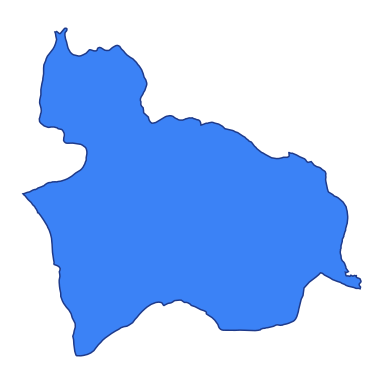 the district of Mensura, Gash Barka, Eritrea
{"feature_id": "51966322B6823166627891", "entity_name": "Mensura", "entity_type": "district", "adm_level": 2, "iso_a3": "ERI", "parent_name": "Eritrea", "parent_adm1": "Gash Barka", "projection": "albers", "projection_center": [38.235, 15.48], "detail": "fine", "context": "isolated", "style": "filled", "palette": "blue", "viewbox_px": 384, "rotation_deg": 0, "n_neighbors": 0, "source": "geoboundaries", "source_scale": "gbopen_adm2", "svg_char_len": 5854}
<svg xmlns="http://www.w3.org/2000/svg" viewBox="0 0 384 384"><path d="M23.0,193.8L23.8,194.8L24.9,195.6L28.1,199.6L31.2,202.5L32.8,204.9L33.5,205.4L34.8,206.8L35.4,208.0L36.5,209.5L37.6,211.9L37.6,212.7L38.6,213.0L40.5,215.4L43.7,220.1L47.3,226.0L47.6,227.0L49.2,230.1L50.5,233.9L51.5,238.1L52.1,244.5L52.5,252.3L53.6,259.8L54.1,262.4L53.9,263.9L54.2,264.5L57.4,265.7L59.2,266.9L60.2,268.6L59.9,270.4L59.3,271.7L59.8,274.8L59.9,276.5L59.2,280.0L59.2,282.4L59.5,286.3L59.9,289.2L60.7,293.0L60.8,296.5L62.4,300.9L63.7,303.4L66.4,307.2L68.9,310.0L71.1,313.7L72.3,317.9L74.9,322.9L75.2,324.0L75.3,327.1L74.2,330.9L73.7,333.6L72.8,336.2L73.6,339.8L73.9,344.6L74.8,351.3L75.9,354.9L76.5,355.6L76.9,355.7L80.8,355.8L83.6,355.4L87.5,354.4L90.8,352.9L93.9,350.6L95.8,348.0L98.4,344.7L101.1,342.0L102.5,340.3L105.3,337.9L111.6,333.4L115.5,331.0L118.9,329.2L121.0,327.7L123.8,326.7L126.9,326.2L129.1,325.0L132.1,323.0L132.6,322.7L135.0,319.4L136.9,317.4L139.3,314.4L142.2,311.3L144.8,308.9L147.2,306.9L151.2,304.3L155.8,302.5L158.8,302.1L161.2,302.5L162.1,303.1L163.5,305.3L164.0,305.5L165.2,304.8L168.0,303.4L170.8,302.9L172.3,302.2L174.6,300.6L179.5,300.1L181.3,300.2L184.4,302.4L186.6,302.4L188.1,302.9L190.0,304.0L191.3,305.4L195.1,306.7L200.7,309.6L204.0,310.7L205.8,311.6L206.4,312.5L206.3,313.7L206.5,314.0L212.1,317.6L214.8,320.2L217.9,324.5L218.7,326.9L219.4,328.1L220.5,329.2L221.8,329.9L223.3,330.2L235.2,330.3L240.0,330.1L255.2,330.6L258.1,330.3L260.4,329.8L260.8,329.2L262.9,328.4L264.6,328.3L266.7,327.7L267.7,327.7L270.2,327.1L273.5,326.3L275.9,325.1L277.2,324.8L280.4,325.3L282.7,325.0L283.3,324.6L286.6,323.9L288.8,323.2L293.1,321.3L294.4,320.4L295.7,318.8L296.8,316.6L297.3,315.0L298.3,311.7L298.7,309.4L301.2,299.2L303.0,295.5L304.0,288.0L309.3,282.1L316.0,277.0L318.7,274.7L320.5,272.8L322.4,273.3L324.4,275.0L330.0,277.9L332.6,279.6L337.6,281.5L340.6,282.4L341.6,283.2L344.8,284.5L345.9,285.3L348.3,286.2L353.9,287.5L356.1,288.4L358.9,288.4L360.1,288.8L360.5,287.4L360.5,286.9L359.5,285.8L359.1,284.5L359.3,283.8L360.7,282.3L361.0,281.5L360.9,280.9L360.0,278.8L358.5,278.1L357.7,278.0L356.4,277.2L356.2,276.4L356.4,275.8L356.3,275.6L355.2,275.8L354.8,275.5L354.3,275.5L352.9,276.2L352.5,275.9L351.9,275.9L351.4,275.4L350.8,275.2L350.4,275.6L350.0,276.3L349.6,276.3L348.1,275.9L346.5,275.9L346.2,275.8L345.8,275.1L345.4,272.3L345.8,272.5L346.8,272.4L348.4,271.6L346.0,268.2L345.8,266.7L344.5,263.3L343.6,262.0L342.5,261.0L341.9,260.1L341.2,258.4L341.0,255.8L340.4,253.7L340.2,251.8L340.5,250.6L340.4,249.8L341.0,248.3L341.0,245.8L342.2,241.6L342.4,238.9L342.7,238.6L343.8,236.4L343.7,235.9L345.0,231.5L345.3,231.1L345.6,230.2L345.7,228.3L346.4,226.2L346.4,225.8L347.2,223.3L347.7,218.3L347.7,216.4L347.1,211.0L346.7,209.8L346.1,206.8L343.1,202.1L338.1,197.8L336.3,196.8L334.8,196.3L333.8,195.7L332.8,194.6L328.6,192.1L328.0,191.0L327.7,189.7L327.5,189.3L325.8,181.2L325.6,179.4L325.9,177.1L325.7,175.3L325.9,173.7L325.3,171.9L324.6,171.1L322.1,169.5L321.4,168.7L320.0,167.7L318.8,167.2L316.8,166.7L314.2,165.2L311.2,161.6L308.0,162.4L306.8,161.6L305.5,159.7L304.5,158.8L299.6,156.7L296.6,155.0L292.3,153.2L291.1,153.3L290.1,153.0L289.4,152.6L288.9,152.6L289.2,155.8L288.9,156.4L287.4,157.3L283.4,157.3L281.7,157.9L278.9,158.5L276.6,158.6L271.6,157.8L265.6,154.6L262.6,152.8L262.0,152.7L260.6,151.7L256.9,148.7L255.7,147.2L255.0,146.7L254.4,146.1L251.7,142.5L250.9,141.8L250.3,141.7L248.8,140.9L248.3,140.2L246.2,138.6L244.9,137.2L242.6,135.9L237.7,132.6L235.2,131.8L233.7,130.9L232.7,130.5L224.9,128.7L222.5,126.3L218.7,124.1L214.7,123.1L212.8,122.4L211.6,122.3L208.9,122.8L207.1,123.4L206.6,123.2L205.6,123.4L203.7,124.2L201.0,125.1L200.5,122.3L199.6,120.7L198.5,120.0L196.2,119.5L195.6,119.1L193.3,118.5L192.6,117.9L190.3,118.0L189.2,117.9L186.6,118.7L186.0,118.7L184.6,119.4L182.6,120.1L179.8,120.1L178.3,119.7L176.9,118.8L176.4,118.7L174.8,117.8L173.0,116.4L171.2,115.8L169.7,115.7L166.5,116.3L165.3,116.8L155.8,122.5L153.3,123.1L151.9,123.2L150.5,122.2L149.3,120.4L148.6,118.4L148.4,117.1L143.8,112.9L143.6,112.4L143.5,110.2L143.1,107.7L141.7,106.3L140.8,104.5L140.9,102.3L140.9,101.7L140.4,100.6L140.4,98.9L141.1,97.0L143.0,93.9L143.5,92.5L144.8,90.5L146.6,85.2L146.8,84.1L146.7,82.9L145.8,79.9L144.1,77.2L143.1,73.5L141.7,69.9L140.2,67.5L139.1,65.9L137.8,64.5L136.4,62.4L132.8,58.8L130.5,57.5L127.0,55.0L125.0,52.9L123.7,51.2L121.3,48.9L119.7,46.4L118.4,45.7L117.3,45.4L116.0,45.6L114.6,46.3L112.4,47.6L109.4,50.2L108.8,50.4L106.8,50.5L104.8,50.2L101.0,47.8L99.9,47.5L99.2,47.5L97.9,48.1L97.5,48.7L97.1,50.1L96.4,50.7L95.9,50.9L94.0,50.9L90.6,49.8L89.4,49.8L86.2,53.2L83.8,54.5L80.9,55.8L78.9,56.1L73.5,54.8L72.3,54.1L70.4,52.4L68.2,48.5L67.6,46.5L66.5,41.8L65.5,38.8L64.9,35.2L65.0,33.0L65.4,32.2L66.4,31.1L66.9,30.0L66.9,28.8L66.5,28.4L66.0,28.3L65.1,28.2L64.4,28.6L60.3,33.5L59.7,33.6L59.2,33.5L56.7,31.5L56.0,31.9L54.9,32.0L55.5,33.6L55.9,36.4L56.6,39.5L56.3,40.8L55.4,44.0L54.3,46.7L53.0,49.0L47.4,56.2L46.2,58.8L45.6,60.9L43.9,64.9L43.6,68.0L43.6,73.9L42.9,78.2L42.8,80.0L41.9,83.7L40.9,89.6L40.9,94.8L39.8,99.8L39.6,102.4L39.7,103.4L41.0,108.1L41.3,110.5L41.1,112.6L40.7,113.5L39.9,117.1L39.3,118.9L39.6,121.6L40.8,123.2L44.1,125.9L48.0,127.3L48.9,127.4L51.0,127.0L54.1,127.0L57.3,127.9L58.1,128.7L61.4,129.4L62.1,129.8L62.9,130.8L63.9,132.7L64.3,134.0L64.3,135.8L63.8,137.8L63.6,140.4L64.2,141.6L65.5,142.8L66.9,143.2L72.8,143.1L80.7,144.3L82.5,145.2L85.3,147.3L85.8,147.9L86.4,149.3L86.9,151.6L86.9,153.8L86.2,157.5L86.2,160.3L85.5,161.7L84.8,163.9L83.1,167.1L81.8,168.8L80.3,170.2L75.7,173.0L71.6,176.3L67.6,178.7L65.0,179.8L60.7,181.2L58.0,181.5L56.9,181.9L55.7,181.8L52.6,181.9L50.7,182.5L48.9,182.6L47.3,183.2L45.4,184.4L43.7,185.9L42.6,186.2L42.2,186.5L37.8,188.1L37.2,188.7L35.3,189.6L34.7,189.5L33.8,189.8L32.8,190.1L29.6,191.9L27.2,192.4L24.1,193.6L23.0,193.8Z" fill="#3b82f6" stroke="#1e3a8a" stroke-width="1.5"/></svg>